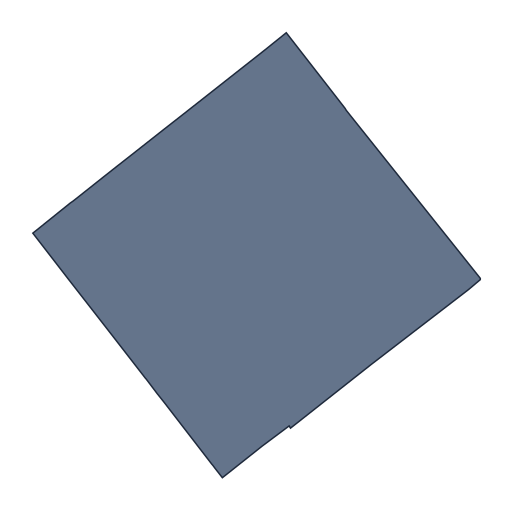 outline of Crook, Wyoming, United States of America, rotated 232°
{"feature_id": "52423323B12939098407835", "entity_name": "Crook", "entity_type": "district", "adm_level": 2, "iso_a3": "USA", "parent_name": "United States of America", "parent_adm1": "Wyoming", "projection": "equal_earth", "projection_center": [-104.544, 44.588], "detail": "fine", "context": "isolated", "style": "filled", "palette": "slate", "viewbox_px": 512, "rotation_deg": 232, "n_neighbors": 0, "source": "geoboundaries", "source_scale": "gbopen_adm2", "svg_char_len": 585}
<svg xmlns="http://www.w3.org/2000/svg" viewBox="0 0 512 512"><g transform="rotate(232 256 256)"><path d="M102.0,93.0L102.4,144.0L101.7,177.5L99.1,177.2L99.6,279.7L98.7,402.9L99.3,418.2L100.3,419.0L315.2,416.8L317.5,417.1L413.3,417.3L412.9,389.7L412.5,283.6L412.5,273.5L412.5,262.5L412.3,214.9L412.3,213.9L412.3,211.3L412.3,202.3L412.3,202.1L412.2,184.7L411.9,145.6L412.1,142.4L411.4,94.2L353.0,93.9L286.2,93.8L227.4,93.6L227.0,93.7L208.4,93.4L198.2,93.5L196.6,93.5L119.7,93.0L119.4,93.0L117.6,93.1L113.7,93.0L102.0,93.0Z" fill="#64748b" stroke="#1e293b" stroke-width="1.5"/></g></svg>